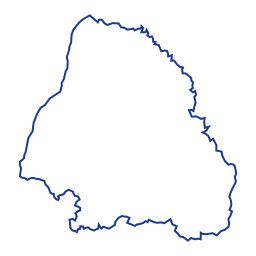 Barros Cassal, Rio Grande do Sul, Brazil
{"feature_id": "56859067B19598625391964", "entity_name": "Barros Cassal", "entity_type": "district", "adm_level": 2, "iso_a3": "BRA", "parent_name": "Brazil", "parent_adm1": "Rio Grande do Sul", "projection": "albers", "projection_center": [-52.583, -29.1], "detail": "fine", "context": "isolated", "style": "outline", "palette": "blue", "viewbox_px": 256, "rotation_deg": 0, "n_neighbors": 0, "source": "geoboundaries", "source_scale": "gbopen_adm2", "svg_char_len": 2817}
<svg xmlns="http://www.w3.org/2000/svg" viewBox="0 0 256 256"><path d="M191.1,77.9L185.9,73.5L182.7,73.4L182.1,69.8L183.0,67.5L180.2,67.1L177.2,64.6L174.0,60.5L171.3,60.7L171.9,55.2L168.2,56.4L168.0,53.4L167.1,51.0L164.5,50.5L161.3,51.2L158.6,44.9L154.6,44.2L155.6,42.2L153.1,41.6L153.1,39.0L151.8,36.3L149.6,37.1L147.3,35.4L148.3,33.2L146.6,29.8L145.4,32.3L141.4,32.2L143.2,27.9L141.5,26.2L141.3,28.6L139.1,28.5L134.7,30.3L133.2,28.5L130.5,29.2L127.5,29.6L124.1,27.7L121.2,27.4L118.7,23.5L112.7,23.1L107.3,25.0L104.4,23.2L101.9,19.8L99.1,19.6L97.8,22.3L89.8,15.4L82.8,19.4L78.8,22.9L73.2,30.1L71.6,34.8L71.1,42.6L69.6,46.1L69.0,50.5L66.8,57.0L67.7,61.2L67.4,68.2L65.7,71.2L63.9,78.9L61.6,83.1L61.8,85.6L60.3,91.6L49.6,98.6L45.1,104.9L40.6,107.9L37.4,113.2L33.7,122.5L32.5,131.5L28.4,137.8L25.7,151.8L24.2,155.4L24.1,158.0L21.8,160.3L20.0,161.5L19.9,165.0L21.1,168.4L20.7,170.8L19.9,176.3L22.6,177.9L24.8,178.1L27.3,179.9L30.5,178.2L33.1,177.9L35.5,178.6L39.5,179.2L42.2,180.3L44.3,180.9L45.4,184.2L48.3,187.3L49.5,190.1L50.2,192.4L51.9,193.6L53.8,194.0L54.2,196.8L55.9,199.0L58.1,200.1L59.1,198.3L57.9,196.4L59.9,195.1L62.4,194.8L64.1,193.7L65.4,191.6L68.4,189.8L70.7,190.6L72.8,191.5L73.6,193.6L75.0,196.1L78.0,196.3L79.6,199.4L76.5,201.8L75.0,205.5L78.2,206.7L80.2,208.0L80.2,210.3L78.0,211.3L75.4,213.2L76.7,216.3L76.0,218.3L75.0,220.5L72.5,218.9L69.5,219.7L69.8,221.9L70.2,224.5L70.2,227.4L72.2,230.4L74.8,230.9L77.0,232.1L78.0,229.2L80.1,228.8L80.2,226.3L83.1,226.4L83.8,228.8L85.9,227.9L88.0,227.3L90.3,229.2L94.0,230.5L95.8,229.5L98.1,228.7L98.8,224.6L101.3,228.6L103.2,226.7L108.8,228.6L111.1,227.3L115.0,224.8L115.4,221.5L118.7,217.8L122.0,216.0L124.4,216.6L126.4,216.6L129.6,217.9L127.2,222.8L135.0,225.9L136.8,224.5L139.9,224.0L143.4,222.9L145.6,221.1L147.7,222.1L149.0,219.7L153.7,222.1L157.1,222.8L161.5,222.4L164.4,223.2L170.5,219.1L172.4,224.3L176.7,226.3L174.8,230.9L177.9,233.7L179.8,236.4L183.3,237.1L188.0,240.6L190.9,238.0L195.3,239.3L197.9,238.6L200.7,239.3L200.8,232.8L202.6,233.9L205.8,234.2L210.3,233.6L212.5,233.2L216.7,235.4L221.0,231.1L224.8,229.8L226.4,228.4L228.5,226.9L229.2,223.5L228.7,221.1L228.4,218.9L230.2,216.2L232.0,211.4L229.5,209.7L231.1,206.1L231.3,203.9L230.9,200.6L229.4,196.6L230.7,192.4L232.4,188.7L234.0,185.4L235.1,183.5L235.9,181.2L235.4,179.1L234.8,176.9L235.8,174.5L236.1,172.2L234.6,165.7L232.9,164.3L230.8,164.0L228.3,164.7L224.9,161.1L222.2,155.4L221.7,151.7L216.3,150.5L216.4,145.2L213.1,138.9L210.4,140.9L208.4,136.0L205.6,133.8L202.8,132.5L206.6,130.4L208.7,126.7L204.8,127.8L204.2,121.9L204.7,118.0L201.1,118.9L196.5,116.4L191.8,116.7L189.0,110.2L191.2,109.8L193.4,111.0L194.3,106.8L195.6,102.6L194.3,97.1L196.0,94.8L195.2,91.1L193.0,92.3L190.2,89.9L192.9,88.0L192.3,85.6L193.1,82.5L191.4,80.5L191.1,77.9Z" fill="none" stroke="#1e3a8a" stroke-width="2"/></svg>